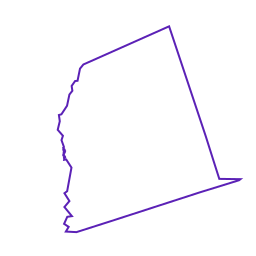 outline of Wood, Texas, United States of America, rotated 72°
{"feature_id": "52423323B61780035147901", "entity_name": "Wood", "entity_type": "district", "adm_level": 2, "iso_a3": "USA", "parent_name": "United States of America", "parent_adm1": "Texas", "projection": "robinson", "projection_center": [-95.391, 32.779], "detail": "fine", "context": "isolated", "style": "outline", "palette": "violet", "viewbox_px": 256, "rotation_deg": 72, "n_neighbors": 0, "source": "geoboundaries", "source_scale": "gbopen_adm2", "svg_char_len": 1597}
<svg xmlns="http://www.w3.org/2000/svg" viewBox="0 0 256 256"><g transform="rotate(72 128 128)"><path d="M44.0,57.5L53.8,150.8L56.7,155.3L67.5,161.4L67.0,163.8L70.6,168.6L75.4,169.4L78.1,173.4L88.0,179.1L94.4,187.1L94.3,189.7L100.5,190.8L108.0,195.4L115.3,192.3L119.0,195.0L126.3,194.8L126.5,195.2L126.7,195.4L126.8,195.5L127.0,195.6L127.0,195.8L127.7,195.8L127.8,195.7L128.0,195.4L128.3,195.3L128.5,195.1L128.8,195.1L129.0,195.0L129.3,195.0L129.3,195.3L129.2,195.5L128.9,195.5L128.7,195.8L128.7,196.0L128.8,196.2L129.2,196.0L129.3,195.9L129.4,196.0L129.5,196.1L129.8,196.3L130.0,196.3L130.1,196.2L129.9,195.9L129.9,195.6L129.9,195.4L129.8,195.2L130.0,195.2L130.1,195.3L130.2,195.5L130.4,195.8L130.5,195.8L130.4,195.5L130.4,195.3L130.5,195.3L130.7,195.1L130.9,195.3L131.0,195.5L131.5,195.7L131.8,195.7L131.9,195.8L131.9,196.1L131.8,196.4L131.7,196.5L131.6,196.8L131.8,197.0L132.0,197.1L132.3,197.1L132.6,196.9L132.9,197.0L133.4,197.1L133.6,197.2L133.7,197.3L133.8,197.5L133.8,197.9L133.8,198.0L134.1,198.0L134.3,198.0L134.5,197.8L134.5,197.7L134.6,197.4L134.8,197.4L135.3,197.4L135.5,197.4L135.5,197.1L135.5,196.9L135.9,196.8L136.1,196.8L136.4,196.8L136.5,197.0L136.4,197.1L136.3,197.3L136.4,197.6L136.3,198.0L136.6,198.2L136.8,198.2L137.2,197.9L137.4,197.9L137.6,197.9L137.8,198.0L138.3,198.5L138.5,198.6L138.8,196.5L148.2,194.0L169.3,205.4L170.4,208.6L179.4,206.3L183.5,212.9L194.5,208.6L193.7,213.2L199.4,218.4L203.7,215.0L207.3,219.1L211.1,209.2L211.3,173.9L211.4,79.9L212.0,38.5L211.4,36.9L204.6,56.9L185.6,56.8L160.2,56.6L44.0,57.5Z" fill="none" stroke="#5b21b6" stroke-width="2"/></g></svg>